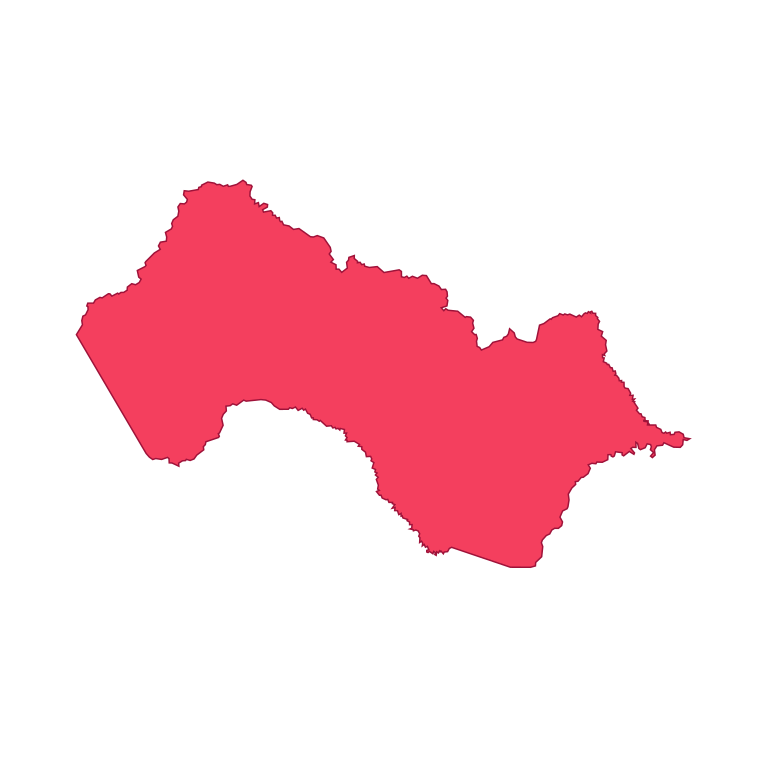 the district of Pauini, Amazonas, Brazil, rotated 19°
{"feature_id": "56859067B82057358167154", "entity_name": "Pauini", "entity_type": "district", "adm_level": 2, "iso_a3": "BRA", "parent_name": "Brazil", "parent_adm1": "Amazonas", "projection": "albers", "projection_center": [-67.726, -7.765], "detail": "fine", "context": "isolated", "style": "filled", "palette": "rose", "viewbox_px": 768, "rotation_deg": 19, "n_neighbors": 0, "source": "geoboundaries", "source_scale": "gbopen_adm2", "svg_char_len": 6153}
<svg xmlns="http://www.w3.org/2000/svg" viewBox="0 0 768 768"><g transform="rotate(19 384 384)"><path d="M77.1,437.5L181.7,527.1L185.9,529.5L189.9,530.7L192.4,528.8L198.3,527.7L203.2,523.9L205.0,524.5L206.6,528.5L209.3,527.7L216.8,528.5L215.6,525.7L218.5,522.2L221.3,521.0L221.6,519.6L225.6,519.4L228.8,516.7L230.1,512.2L235.0,504.9L233.6,502.1L234.8,499.5L234.4,496.6L245.0,488.4L245.3,487.0L243.5,484.9L244.4,483.8L245.3,475.4L241.6,469.3L241.9,464.9L243.7,460.8L241.8,456.4L245.7,454.5L247.4,452.0L251.6,452.0L256.6,444.9L259.2,445.1L272.7,438.8L277.4,437.7L283.5,438.2L287.3,440.4L293.6,441.9L301.8,439.0L302.6,437.1L305.3,437.0L307.8,434.6L311.4,436.9L314.5,433.6L316.6,434.9L317.9,433.3L321.3,436.5L324.1,436.7L326.6,439.6L328.0,439.0L328.7,440.6L332.4,439.6L334.9,440.3L335.6,439.2L343.4,442.6L347.8,440.6L349.9,442.2L351.9,440.9L353.2,442.1L355.0,440.9L357.2,441.9L357.1,440.3L361.4,439.9L362.2,443.5L364.6,442.6L364.4,445.6L366.5,446.6L365.8,449.5L367.4,449.2L367.9,450.6L374.5,447.8L380.5,449.1L379.9,451.2L383.4,450.5L384.3,453.0L388.7,454.5L391.0,458.4L394.9,456.8L396.8,458.8L396.7,460.8L400.0,461.6L400.2,467.3L403.8,467.6L404.0,470.1L406.4,470.4L405.5,472.8L408.9,474.1L407.8,476.7L411.6,481.5L412.2,485.4L414.1,486.1L411.9,488.1L415.9,490.7L417.4,490.1L419.4,492.4L423.6,492.8L425.1,491.9L427.2,494.3L430.6,493.2L430.8,494.4L433.5,494.5L432.2,498.8L434.7,497.2L435.3,500.2L438.0,499.4L440.5,502.7L442.3,500.8L443.2,503.4L444.1,502.7L445.5,504.5L450.4,504.4L450.3,505.7L453.1,506.2L454.0,508.7L456.3,507.8L457.2,511.4L455.8,512.6L459.0,512.2L459.6,513.2L461.6,511.7L464.1,511.8L466.5,514.0L466.4,516.6L468.0,517.6L469.3,522.2L470.7,520.4L472.4,521.9L472.9,524.6L474.3,522.6L476.3,524.8L477.9,523.4L480.3,526.1L478.6,527.4L479.1,528.9L480.5,529.0L481.5,527.5L485.5,528.6L485.5,526.1L487.4,526.7L487.6,528.7L489.1,529.0L488.5,525.5L490.5,526.0L490.9,523.7L491.8,524.3L492.2,523.4L495.4,525.2L495.6,523.3L498.7,521.8L499.3,518.2L501.1,516.4L563.1,516.1L582.2,509.6L586.4,506.7L585.5,503.3L589.3,496.0L587.0,486.0L584.5,482.9L584.5,479.9L586.8,474.4L589.5,471.8L590.2,467.4L592.3,464.9L595.9,463.7L598.1,460.0L597.7,456.3L593.7,452.6L594.2,445.9L597.7,442.3L597.9,440.2L596.7,433.4L594.1,428.1L595.5,421.1L597.9,416.6L596.7,414.0L599.1,412.8L600.9,408.1L602.8,407.3L606.1,402.3L606.5,396.5L603.4,393.9L606.4,391.3L610.3,390.4L610.7,388.5L615.9,386.9L620.2,382.7L618.8,377.9L621.5,376.9L622.3,378.2L624.2,378.4L625.2,377.1L625.0,372.7L631.5,371.4L632.2,373.5L634.0,373.9L637.9,367.9L643.2,369.1L643.3,367.6L638.4,364.6L639.7,362.9L642.9,361.9L641.1,357.1L643.1,357.6L645.9,361.9L647.8,362.6L651.7,359.2L652.3,354.9L655.8,354.5L657.2,356.3L657.3,359.4L661.2,361.0L659.5,365.4L661.7,366.2L663.5,363.0L661.1,358.1L662.2,353.6L667.3,351.2L667.8,348.4L678.5,349.4L684.8,347.4L686.2,344.2L685.0,339.1L688.8,338.7L690.9,336.2L685.2,337.1L683.3,334.1L678.6,333.2L674.9,334.9L674.7,337.2L671.3,338.7L670.2,336.5L667.3,338.5L665.9,337.7L664.7,339.5L662.6,339.3L660.5,336.8L655.8,336.3L654.3,334.3L648.6,336.3L647.2,335.2L647.5,336.6L646.4,336.9L645.8,332.9L644.2,333.3L644.9,334.1L641.9,334.6L641.5,333.9L642.9,333.8L641.6,330.8L638.7,330.9L636.7,328.5L635.3,329.0L631.2,326.6L632.0,324.2L626.5,320.0L626.8,319.2L624.8,319.3L625.8,316.6L623.8,317.6L623.2,313.6L620.1,314.7L620.2,312.4L616.3,308.9L613.3,309.4L611.9,308.4L610.4,304.3L607.8,304.9L607.5,303.4L605.4,304.3L604.1,302.0L601.0,300.1L599.4,300.5L599.8,298.7L598.4,296.4L596.5,297.4L594.4,294.4L592.7,294.8L590.1,292.3L588.8,292.9L587.7,291.8L584.1,291.5L583.7,287.7L582.1,288.0L581.0,285.1L583.4,285.1L582.4,283.9L584.0,280.3L580.7,274.8L579.9,270.4L573.9,268.0L573.7,263.3L568.4,262.7L567.0,257.6L567.4,254.6L564.5,252.8L564.5,251.5L561.8,250.4L561.1,248.3L558.5,249.1L556.8,247.6L555.6,248.7L556.2,249.7L553.7,249.1L553.2,251.1L551.3,251.2L550.2,252.6L548.9,256.1L546.2,255.3L544.0,258.1L536.9,257.4L535.0,258.9L532.1,258.9L531.0,260.4L527.2,260.3L526.3,262.8L521.7,266.5L521.0,268.4L519.9,268.3L515.5,274.8L511.9,277.7L513.7,292.2L513.5,294.3L511.5,296.2L505.7,298.0L495.2,298.1L492.8,296.7L490.5,293.3L484.8,290.9L485.3,296.2L484.4,299.0L482.1,300.9L481.7,303.7L473.4,309.2L471.3,314.5L465.0,320.2L462.6,318.4L459.8,318.1L457.5,313.4L457.4,310.5L455.0,307.2L453.7,307.8L449.8,306.0L450.9,302.0L448.0,297.6L447.8,294.7L444.1,292.6L439.9,293.5L439.1,294.6L430.0,291.2L420.6,293.4L417.9,292.7L416.7,295.2L413.3,293.3L418.1,289.7L417.1,284.2L414.7,282.6L415.4,280.3L413.6,276.3L411.4,274.4L407.5,276.0L404.1,273.5L398.7,272.8L396.1,273.7L388.8,267.7L384.8,268.7L381.2,273.1L375.8,272.9L373.0,276.0L370.5,274.6L368.5,276.7L365.6,276.9L363.8,271.9L361.2,271.1L347.7,278.6L339.4,275.2L332.2,278.6L327.4,278.9L326.2,277.0L324.0,278.4L321.8,276.7L319.4,278.0L319.1,276.6L315.0,275.0L314.1,272.2L309.6,275.7L310.1,278.5L309.0,281.1L311.6,286.3L307.7,292.2L304.0,290.1L301.4,291.0L299.8,286.9L294.1,286.1L295.6,282.8L289.9,278.9L290.8,275.8L288.7,272.3L279.5,265.5L272.6,265.4L269.4,268.0L266.5,268.7L253.0,264.7L248.1,267.3L242.8,265.5L237.2,266.2L234.5,263.4L233.3,264.2L232.1,263.3L230.8,260.7L228.3,262.1L226.2,259.9L223.7,260.8L223.0,258.3L220.6,257.0L214.1,260.7L212.5,258.7L216.1,254.7L215.5,252.2L211.5,252.3L208.2,256.9L206.2,253.4L203.0,255.8L201.9,251.8L199.2,252.3L196.0,249.9L194.8,245.8L195.0,240.2L193.8,239.3L189.2,240.1L187.9,238.3L184.3,237.3L179.9,243.2L174.1,247.2L172.5,247.8L171.3,246.6L167.7,249.4L163.7,248.7L161.0,250.0L158.2,249.3L151.7,250.4L146.8,255.4L147.1,256.8L144.9,258.4L145.1,260.6L136.6,265.3L132.2,266.3L132.9,270.4L138.0,273.5L138.1,276.4L136.6,278.7L132.6,279.7L131.5,283.7L133.7,287.4L134.5,292.5L131.3,297.3L131.0,301.4L132.7,303.7L132.5,306.5L128.0,311.8L130.7,315.8L131.7,319.8L126.4,322.7L125.8,326.9L128.6,329.5L124.2,334.9L118.9,345.8L118.6,347.1L120.4,349.4L119.8,350.8L113.8,357.0L117.3,362.8L120.2,363.9L119.5,367.8L116.8,371.0L112.8,371.3L109.8,375.9L110.6,378.9L108.1,382.1L105.4,383.1L103.9,385.3L102.6,384.8L98.1,389.5L95.5,388.0L94.0,388.4L89.5,394.3L87.2,394.6L83.7,398.5L83.0,402.1L77.6,404.0L77.6,407.0L78.9,407.3L80.0,410.1L79.3,415.8L77.2,417.9L77.6,422.4L79.6,426.2L77.1,437.5Z" fill="#f43f5e" stroke="#9f1239" stroke-width="1.5"/></g></svg>